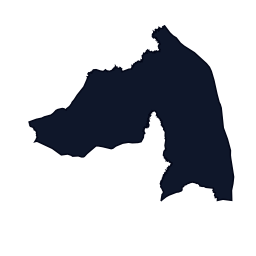 Mueang Nakhon Phanom, Nakhon Phanom, Thailand, rotated 348°
{"feature_id": "78962969B91655555555249", "entity_name": "Mueang Nakhon Phanom", "entity_type": "district", "adm_level": 2, "iso_a3": "THA", "parent_name": "Thailand", "parent_adm1": "Nakhon Phanom", "projection": "orthographic", "projection_center": [104.642, 17.31], "detail": "fine", "context": "isolated", "style": "filled", "palette": "ink", "viewbox_px": 256, "rotation_deg": 348, "n_neighbors": 0, "source": "geoboundaries", "source_scale": "gbopen_adm2", "svg_char_len": 5900}
<svg xmlns="http://www.w3.org/2000/svg" viewBox="0 0 256 256"><g transform="rotate(348 128 128)"><path d="M34.1,122.0L35.4,121.9L36.7,122.3L49.8,132.2L57.2,140.4L63.6,140.9L67.0,142.9L67.9,144.0L73.7,144.9L76.4,146.5L78.3,146.9L79.3,146.7L82.4,144.5L92.9,138.8L95.0,139.2L99.3,140.9L107.3,144.7L109.0,144.6L112.2,143.1L119.5,141.7L125.5,142.0L129.1,143.3L134.7,144.2L137.9,144.1L141.0,140.5L142.0,137.1L143.2,136.8L143.2,135.8L142.2,134.3L142.9,134.1L142.6,133.6L143.0,133.3L142.8,132.7L143.7,132.4L144.1,131.7L143.8,131.2L144.5,131.1L144.6,130.6L146.0,131.3L145.9,130.8L146.4,130.2L146.5,130.7L146.8,130.5L147.7,131.3L148.6,130.5L149.0,129.4L147.9,128.7L148.9,128.3L148.8,128.0L148.1,127.8L148.8,127.6L148.9,127.0L148.4,126.8L148.3,126.2L148.9,126.4L149.1,125.8L149.7,125.7L149.1,125.1L149.8,125.4L150.3,124.7L150.0,124.3L149.3,124.2L149.8,123.7L149.5,123.0L150.0,122.5L150.8,122.5L150.4,121.9L151.0,121.0L151.5,120.7L152.1,121.0L152.7,120.4L152.3,120.1L151.7,120.5L151.5,119.9L151.8,119.5L151.2,119.5L151.2,119.3L151.9,119.1L152.1,118.7L152.8,118.7L152.6,118.2L153.9,117.2L154.2,117.6L154.4,116.9L155.3,116.9L155.4,116.4L155.8,116.8L157.2,116.4L158.2,117.2L159.2,119.0L159.3,119.9L158.9,120.8L159.1,120.7L159.2,121.2L158.9,121.4L159.6,123.0L159.2,122.9L159.1,123.3L160.1,123.6L160.7,125.3L161.3,125.5L161.3,126.2L161.7,126.6L161.4,127.4L162.2,127.9L162.0,128.5L162.5,128.6L161.8,129.5L162.2,129.7L161.9,130.2L162.2,130.6L161.3,131.9L162.3,132.9L162.0,133.0L162.1,133.8L162.9,134.3L162.8,134.8L163.1,135.8L162.6,136.8L163.8,139.5L162.7,143.6L162.8,145.4L162.2,146.0L162.7,147.3L160.6,152.7L160.5,155.8L160.8,156.0L159.9,157.1L160.0,157.7L159.0,157.7L158.2,158.7L157.0,162.0L157.7,163.1L157.5,163.9L157.9,164.3L157.7,164.7L158.1,164.8L158.1,165.4L158.6,165.3L158.6,166.2L159.0,166.1L158.7,166.9L159.2,167.3L159.0,167.6L159.4,167.5L159.1,168.0L159.8,168.7L161.1,168.2L161.5,169.4L161.9,169.6L161.7,170.0L162.6,170.3L162.9,171.3L163.6,171.3L163.7,172.0L162.8,173.1L162.2,173.0L162.0,174.3L161.8,173.7L161.1,174.4L160.0,174.1L159.8,174.9L159.1,175.0L159.4,175.3L159.0,175.6L159.0,176.1L158.2,176.2L158.6,176.9L158.1,176.8L158.0,177.9L157.6,178.0L157.6,177.6L157.4,178.0L156.8,177.6L157.0,178.2L155.9,179.2L156.1,179.7L155.4,179.4L155.3,179.7L154.5,179.7L154.4,180.5L154.8,181.1L154.5,181.3L154.3,180.9L154.0,181.4L153.9,181.0L153.8,181.4L153.4,181.3L153.5,181.7L152.8,181.9L152.8,183.0L152.1,183.2L152.2,183.9L151.6,184.1L151.8,184.5L151.2,184.7L150.5,186.6L150.1,186.4L149.7,187.5L149.3,187.0L148.9,187.6L149.2,188.0L148.4,188.7L148.6,189.3L148.1,189.5L148.5,190.8L147.8,192.3L148.7,194.2L149.1,196.4L149.5,196.7L149.3,198.5L148.6,199.5L147.6,200.1L145.2,206.3L146.2,205.4L150.9,203.1L154.1,202.1L162.1,200.8L164.1,201.0L167.1,200.5L167.9,199.8L168.4,197.2L170.2,196.7L171.1,195.4L172.7,195.5L174.9,194.6L176.1,194.7L176.9,194.0L177.3,194.3L180.4,194.2L180.5,194.6L182.2,195.3L183.8,196.5L184.8,196.5L186.4,198.6L186.3,199.5L188.5,200.5L190.2,200.8L191.9,202.2L198.9,204.5L199.0,205.6L198.1,206.8L198.5,207.6L198.3,208.5L200.0,209.4L198.7,212.0L199.1,212.9L199.0,214.2L200.4,214.1L201.1,214.8L200.4,217.4L206.1,217.4L214.4,220.3L216.2,210.6L219.0,204.2L221.1,197.8L222.1,179.0L222.4,175.9L223.5,171.3L222.9,159.6L221.2,147.7L223.3,127.8L223.0,124.1L222.4,121.9L222.0,113.2L221.9,99.1L221.2,89.8L220.2,85.5L218.0,81.3L208.6,68.2L199.8,59.6L196.8,55.9L193.9,49.9L191.1,47.2L188.7,43.7L185.0,35.7L183.0,36.3L183.0,36.9L183.6,37.2L182.6,38.0L180.6,37.3L179.3,37.8L179.6,36.5L179.3,36.2L179.1,37.1L178.6,37.1L178.7,38.9L178.1,39.4L177.5,38.0L176.5,38.3L176.6,37.8L175.4,37.3L175.1,37.6L175.3,38.2L174.9,39.0L175.4,39.4L175.3,40.2L174.5,39.6L174.1,40.2L173.5,39.5L173.6,40.0L173.0,40.0L172.4,41.6L171.7,41.2L171.3,41.9L172.3,42.1L170.9,43.7L171.7,45.1L172.3,45.1L172.5,45.7L172.5,44.9L173.0,44.8L173.5,44.9L173.6,45.4L174.5,45.5L174.6,45.9L174.0,46.3L174.9,47.1L174.5,47.5L175.0,47.5L175.2,48.1L174.7,48.1L174.7,48.9L176.5,49.4L176.5,50.0L175.6,50.6L176.5,50.8L176.3,51.4L176.8,52.1L176.6,52.4L176.8,52.7L176.2,53.1L175.7,53.0L174.9,54.0L174.7,54.8L175.0,55.8L174.8,56.5L175.7,58.0L175.0,58.6L175.0,59.2L174.6,59.2L174.6,59.7L173.3,59.2L172.0,59.3L171.8,58.7L170.9,59.1L171.0,58.7L170.2,58.9L170.0,59.4L169.8,59.0L169.5,59.7L169.1,59.3L168.3,59.5L168.3,59.1L167.8,59.3L166.8,58.1L166.1,58.5L165.0,58.0L165.0,57.7L164.1,57.1L164.3,56.5L163.6,56.6L163.4,55.8L162.0,56.6L161.7,57.5L162.0,58.5L161.0,58.1L160.9,58.6L159.7,59.0L159.5,58.3L158.9,58.1L158.3,59.6L157.0,60.2L156.7,64.5L156.6,64.2L155.9,64.6L155.6,64.4L155.7,64.8L155.4,64.9L155.4,65.4L154.8,64.8L154.4,65.8L153.9,65.6L153.6,65.9L152.3,64.8L151.3,65.3L151.0,65.0L150.4,65.7L149.9,65.3L150.2,65.7L149.7,66.0L149.0,65.7L148.9,66.5L147.1,66.6L146.6,67.2L146.8,67.5L146.5,67.6L146.4,68.4L146.0,68.7L145.3,68.2L145.5,68.9L144.9,68.8L145.0,69.6L144.2,70.0L144.1,70.7L143.6,70.7L143.4,71.1L141.2,70.7L134.0,71.8L133.6,68.9L133.8,68.7L132.9,68.4L133.3,68.1L133.2,67.6L132.8,67.3L132.7,67.6L130.9,67.8L129.7,67.0L129.8,66.2L129.0,66.2L128.7,65.4L128.6,66.0L127.9,65.9L127.8,67.1L127.1,67.2L126.7,66.6L125.6,67.5L125.7,67.8L125.3,67.7L125.3,68.1L121.8,68.8L120.1,68.1L119.6,68.5L119.1,68.1L119.2,67.7L118.1,67.1L118.3,66.7L118.1,66.4L115.6,67.7L112.7,66.5L108.9,64.3L106.2,64.0L105.5,65.1L105.0,64.9L104.4,65.4L103.9,66.6L103.0,65.7L102.2,66.2L101.1,65.8L100.5,66.4L100.9,66.5L100.4,67.1L101.1,67.6L101.1,68.2L100.8,68.1L100.9,68.6L99.6,69.7L99.0,69.5L99.2,70.1L97.7,72.6L93.4,78.6L85.4,85.2L81.3,89.3L78.6,91.4L78.3,92.2L75.4,94.8L71.9,96.5L71.5,97.5L70.8,97.3L69.3,95.9L67.7,95.3L63.2,95.4L61.3,95.9L58.0,98.2L55.4,99.4L48.5,99.8L45.7,100.5L40.2,100.5L32.5,101.6L32.7,103.0L32.5,103.5L32.9,104.2L32.6,105.1L33.2,105.7L33.0,106.1L35.1,107.3L35.6,108.4L36.1,108.4L35.9,110.2L37.2,111.2L37.8,113.3L37.3,114.2L37.5,116.0L37.0,116.4L37.4,117.9L36.9,118.7L37.1,118.8L36.5,119.0L36.0,120.0L34.1,122.0Z" fill="#0f172a" stroke="#020617" stroke-width="1.5"/></g></svg>